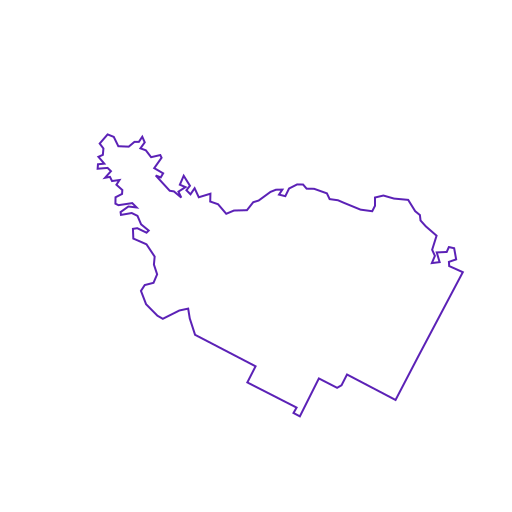 Clarke, Alabama, United States of America (Equal Earth projection), rotated 118°
{"feature_id": "52423323B65809730100750", "entity_name": "Clarke", "entity_type": "district", "adm_level": 2, "iso_a3": "USA", "parent_name": "United States of America", "parent_adm1": "Alabama", "projection": "equal_earth", "projection_center": [-87.89, 31.589], "detail": "fine", "context": "isolated", "style": "outline", "palette": "violet", "viewbox_px": 512, "rotation_deg": 118, "n_neighbors": 0, "source": "geoboundaries", "source_scale": "gbopen_adm2", "svg_char_len": 1749}
<svg xmlns="http://www.w3.org/2000/svg" viewBox="0 0 512 512"><g transform="rotate(118 256 256)"><path d="M283.1,394.5L276.4,385.9L276.2,379.5L282.0,372.3L283.9,362.7L286.8,363.6L287.2,373.9L289.8,377.4L298.2,372.5L297.1,358.2L304.1,345.2L311.5,342.1L318.6,334.7L327.8,333.9L333.9,340.6L340.8,341.2L350.2,330.4L355.0,315.0L355.2,308.8L340.1,298.1L334.3,291.2L342.2,285.2L354.2,272.8L353.6,204.6L371.7,204.3L370.8,149.0L377.0,149.2L377.0,142.0L334.6,143.0L334.3,122.5L330.0,119.8L317.9,120.0L317.6,65.2L268.6,65.6L173.2,65.8L174.2,80.7L170.6,82.9L165.0,77.7L156.1,84.7L157.6,89.9L162.9,89.5L168.0,98.1L175.2,91.0L179.7,97.4L171.9,98.1L167.8,103.4L153.3,106.1L150.1,120.0L147.4,127.4L142.9,130.5L141.7,136.5L135.0,148.0L140.5,161.1L142.8,171.9L148.5,178.4L155.8,174.5L161.9,174.4L166.0,185.5L167.8,203.6L168.3,209.8L171.2,217.7L167.4,222.8L169.4,236.3L172.8,242.9L170.8,248.0L173.5,253.3L180.9,258.5L189.4,258.2L191.0,264.5L185.0,263.9L188.1,269.5L192.6,273.3L205.8,279.7L209.8,283.7L219.8,285.5L226.2,296.8L232.7,302.1L228.1,313.8L229.4,322.0L222.4,325.5L231.0,334.1L225.0,342.0L232.3,342.8L230.6,348.3L225.0,347.3L219.1,357.5L228.8,356.7L228.3,350.6L235.6,354.7L239.5,349.4L237.5,358.8L238.9,362.8L232.0,382.3L231.3,377.0L226.6,376.8L226.2,387.1L213.6,385.5L211.8,387.9L218.0,395.0L214.4,402.9L215.2,408.6L207.9,407.6L204.1,412.4L210.2,413.0L212.3,416.9L219.2,419.7L223.7,429.1L217.6,437.5L218.3,444.1L230.1,446.8L232.7,441.2L238.6,438.7L242.4,441.7L245.7,433.3L249.2,438.6L253.3,436.8L247.9,428.4L249.2,423.9L257.8,426.0L254.7,422.1L257.4,418.3L253.0,412.2L258.6,412.7L260.5,405.0L264.1,403.4L270.1,407.6L275.8,404.7L275.7,401.3L267.4,390.1L269.2,384.2L272.2,391.9L280.8,396.2L283.1,394.5Z" fill="none" stroke="#5b21b6" stroke-width="2"/></g></svg>